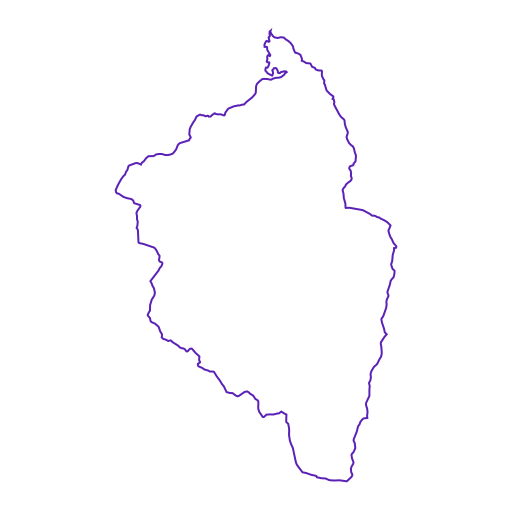 outline of Abriaquí, Antioquia, Colombia
{"feature_id": "7082276B50161152068200", "entity_name": "Abriaquí", "entity_type": "district", "adm_level": 2, "iso_a3": "COL", "parent_name": "Colombia", "parent_adm1": "Antioquia", "projection": "robinson", "projection_center": [-76.083, 6.629], "detail": "fine", "context": "isolated", "style": "outline", "palette": "violet", "viewbox_px": 512, "rotation_deg": 0, "n_neighbors": 0, "source": "geoboundaries", "source_scale": "gbopen_adm2", "svg_char_len": 6010}
<svg xmlns="http://www.w3.org/2000/svg" viewBox="0 0 512 512"><path d="M390.5,225.4L387.2,222.1L384.5,220.4L380.5,218.5L379.2,217.5L377.1,217.1L375.6,216.1L374.2,215.7L372.2,215.7L369.7,213.8L362.7,210.1L349.6,207.8L345.7,207.9L345.5,207.4L345.4,203.6L343.8,198.0L343.5,193.7L342.6,190.1L343.2,188.6L345.1,186.4L346.0,184.5L347.9,182.8L350.5,180.9L351.4,179.8L351.7,178.0L350.9,176.1L351.1,172.9L350.6,170.5L349.3,168.8L349.3,167.8L349.8,166.6L350.2,166.2L353.3,165.2L353.6,163.6L355.4,161.5L355.7,160.1L355.7,158.3L356.0,157.1L355.8,154.8L355.0,153.1L353.9,148.4L352.9,146.4L351.2,145.2L349.1,143.1L347.1,139.1L346.7,137.5L346.6,136.5L347.6,133.9L347.8,132.0L345.8,127.4L344.9,124.3L344.5,120.4L343.9,119.4L341.0,116.9L339.4,114.6L334.7,105.9L334.0,104.2L334.0,103.6L334.4,102.1L333.7,99.4L332.6,99.0L332.6,98.7L333.4,97.2L333.3,96.4L329.9,93.9L326.6,90.5L324.8,84.4L324.1,83.5L324.3,80.2L323.5,79.4L322.0,76.1L321.8,74.6L322.0,71.6L321.6,70.6L318.2,70.4L316.0,69.6L315.4,69.1L314.9,67.9L312.1,66.8L310.5,63.7L310.1,63.4L306.2,63.1L303.8,61.5L301.8,60.8L302.0,58.9L300.4,54.8L298.7,53.8L296.7,52.9L295.7,52.9L295.0,52.4L293.5,48.9L293.0,46.4L290.9,43.3L288.5,41.1L285.8,39.4L283.9,37.6L280.9,37.2L277.6,38.0L274.3,37.3L272.7,35.9L272.2,34.9L271.5,34.2L270.5,32.1L270.4,31.5L270.6,30.7L269.7,31.5L269.5,33.1L269.8,36.2L268.6,37.4L269.5,41.2L269.2,41.6L268.5,41.8L266.9,40.9L266.4,41.0L265.2,42.8L264.4,44.9L264.6,46.9L266.6,46.9L267.1,47.2L267.2,49.3L267.4,50.2L270.3,55.0L270.1,55.8L269.6,56.0L268.7,55.0L268.2,55.1L267.3,56.2L267.2,57.1L267.4,58.8L266.7,61.6L267.4,62.3L269.2,62.4L269.3,63.4L268.4,66.2L267.6,67.5L267.1,67.7L265.9,67.6L265.3,69.8L265.4,70.6L267.9,73.5L272.1,75.6L272.5,75.2L273.0,73.3L272.9,71.9L272.3,70.3L273.3,69.3L273.8,68.3L275.5,68.0L276.3,68.4L276.8,69.1L277.8,71.0L277.9,72.5L278.2,72.9L279.7,73.2L280.7,72.2L284.1,71.3L285.9,71.4L286.5,71.8L286.7,72.1L285.0,73.3L284.2,74.7L281.2,77.0L279.4,77.6L275.5,77.9L272.6,78.8L271.6,79.5L270.7,79.7L267.1,79.0L263.4,78.9L262.1,79.2L259.0,81.8L256.9,84.0L256.1,86.3L255.8,92.5L255.2,94.0L252.2,97.4L246.3,102.1L243.9,104.6L242.3,104.6L239.5,105.5L237.5,105.4L236.5,105.9L234.4,106.1L228.2,108.7L225.4,112.5L224.7,115.0L224.3,115.4L223.3,115.3L222.0,114.7L220.6,114.3L217.5,114.3L215.9,114.0L214.8,113.3L214.3,113.4L213.9,113.9L212.3,114.8L210.6,116.5L208.7,116.6L208.2,115.9L207.6,115.7L205.6,116.3L203.2,115.2L201.9,115.3L200.0,114.6L196.6,116.4L194.8,120.2L193.4,122.1L190.6,127.0L189.7,129.3L189.3,134.6L190.7,137.2L190.6,137.9L189.6,138.9L189.1,140.3L180.3,143.0L179.0,143.7L177.7,145.3L176.3,149.0L175.6,150.2L173.1,153.3L172.1,153.9L169.8,154.7L167.3,155.1L165.1,155.0L161.9,154.0L158.6,154.0L155.9,154.5L154.7,155.5L153.2,156.1L148.4,156.2L146.1,158.2L143.9,161.2L141.9,162.7L140.9,164.6L139.2,163.7L137.1,163.0L135.6,163.1L129.2,165.5L128.4,166.3L127.7,169.0L127.2,170.3L126.2,171.5L124.9,174.8L123.4,176.1L121.2,179.1L118.3,184.3L115.7,190.0L116.1,192.4L117.1,193.4L118.7,193.7L123.6,197.0L127.6,198.3L130.8,198.9L132.4,199.7L133.3,200.8L134.2,203.2L139.3,204.8L140.1,205.1L140.4,205.6L140.3,206.7L137.5,210.6L136.4,213.0L137.0,216.0L137.0,219.1L137.7,221.5L137.7,222.5L137.3,226.1L136.6,227.9L137.7,229.5L137.9,230.3L138.5,242.4L139.1,243.0L143.6,244.0L154.4,247.7L156.2,249.9L158.3,254.2L159.5,255.6L159.5,257.1L159.0,259.8L159.3,261.0L159.9,261.6L161.9,262.4L162.3,262.9L162.3,264.0L161.3,266.4L159.9,267.8L158.4,270.7L150.5,281.0L150.5,281.5L151.6,283.3L152.5,285.8L153.9,288.2L154.9,292.6L154.3,295.6L151.7,299.7L150.1,305.1L150.0,310.5L148.7,312.6L147.7,315.0L148.2,316.1L149.9,317.9L150.5,320.7L151.1,321.9L155.1,323.7L158.4,326.6L158.8,327.2L160.2,331.4L161.9,334.1L162.0,335.9L161.7,337.4L163.4,339.0L165.8,339.6L168.2,341.0L170.7,340.4L171.1,340.7L172.5,342.1L177.9,345.5L179.7,347.3L181.3,348.1L183.5,348.5L184.8,349.2L186.5,351.4L187.3,351.4L188.0,351.0L189.2,349.5L190.2,348.7L191.6,348.6L192.1,348.9L195.8,353.2L199.4,356.4L199.1,360.1L200.1,362.1L199.7,362.7L197.9,363.8L197.9,364.8L198.2,365.9L198.9,366.5L202.4,368.0L204.0,369.3L208.2,370.6L209.9,371.5L212.8,371.5L214.0,371.9L216.7,376.3L219.7,380.3L222.2,384.4L223.7,386.1L226.6,392.1L229.9,393.0L232.5,393.1L236.0,395.7L237.5,396.3L238.9,395.9L244.5,392.0L247.1,391.4L248.7,392.3L250.4,394.0L252.7,395.2L253.7,396.3L255.3,398.9L257.6,400.3L258.2,401.1L258.4,402.9L258.2,407.6L258.3,409.0L259.3,411.9L262.6,416.8L263.2,417.1L264.1,416.9L266.3,414.7L269.5,414.4L273.5,414.5L277.8,413.4L278.9,413.4L281.3,411.6L284.3,413.5L286.4,414.5L286.2,421.6L286.4,422.1L288.2,423.8L288.9,427.3L289.2,430.3L289.0,434.8L289.9,440.7L291.2,444.4L292.8,447.8L295.9,462.3L296.6,464.2L297.8,466.1L302.5,472.3L306.1,473.0L311.2,474.8L315.4,475.7L316.5,476.2L316.7,477.0L317.1,477.4L318.7,477.6L321.0,478.2L325.6,478.5L328.7,479.9L330.5,480.3L334.0,480.5L339.7,480.3L346.8,481.3L350.7,477.7L351.9,476.2L352.3,475.2L352.3,474.4L351.2,472.1L350.9,468.7L351.6,466.5L353.2,463.8L353.5,462.6L353.2,461.4L352.0,458.3L351.5,455.1L351.9,453.9L353.6,452.0L355.3,448.1L354.8,443.3L353.6,440.8L353.7,439.3L356.7,431.8L358.1,426.3L359.5,424.4L360.4,421.9L362.3,419.4L363.3,418.6L364.4,418.3L367.3,418.0L367.1,416.0L367.5,412.2L367.4,410.7L367.1,408.4L366.1,405.4L366.0,403.8L366.2,402.7L369.4,395.9L369.4,389.9L369.7,386.0L369.0,383.0L370.2,380.6L370.7,378.9L370.9,376.9L370.6,375.0L370.7,373.3L371.4,371.2L373.1,368.2L374.2,366.6L376.5,364.7L377.5,363.3L379.5,359.2L381.1,356.6L381.7,353.8L381.7,351.8L381.3,346.5L380.8,344.2L380.9,342.4L384.3,337.1L386.7,334.3L384.8,332.3L384.0,328.6L382.1,323.0L381.4,319.6L381.6,318.4L382.8,317.0L383.5,315.5L386.2,307.8L386.6,304.5L386.4,301.8L386.6,300.7L386.8,299.6L388.4,296.2L388.5,295.7L387.4,292.5L387.6,291.2L389.9,284.6L390.6,281.0L391.7,279.3L393.6,277.2L394.3,274.4L394.6,271.4L394.4,270.5L392.6,269.0L391.3,265.2L391.2,264.1L392.2,261.1L392.7,255.1L394.1,250.1L394.0,248.1L395.8,247.9L396.3,247.0L396.3,246.3L393.4,242.8L391.8,239.2L390.5,237.2L389.3,234.0L388.4,230.6L389.9,227.2L390.5,225.4Z" fill="none" stroke="#5b21b6" stroke-width="2"/></svg>